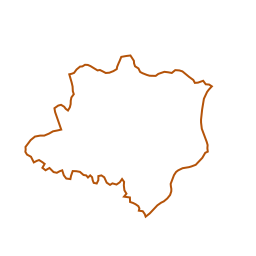 Porecatu, Paraná, Brazil, rotated 125°
{"feature_id": "56859067B39317815374127", "entity_name": "Porecatu", "entity_type": "district", "adm_level": 2, "iso_a3": "BRA", "parent_name": "Brazil", "parent_adm1": "Paraná", "projection": "orthographic", "projection_center": [-51.4, -22.744], "detail": "fine", "context": "isolated", "style": "outline", "palette": "amber", "viewbox_px": 256, "rotation_deg": 125, "n_neighbors": 0, "source": "geoboundaries", "source_scale": "gbopen_adm2", "svg_char_len": 1993}
<svg xmlns="http://www.w3.org/2000/svg" viewBox="0 0 256 256"><g transform="rotate(125 128 128)"><path d="M45.8,83.2L45.9,86.5L47.6,89.4L46.2,93.5L50.7,96.7L52.7,99.1L51.2,102.0L51.1,107.1L50.4,115.9L51.4,119.0L53.5,122.5L57.8,123.7L59.4,127.2L61.1,130.4L64.2,132.7L66.3,134.2L69.4,135.2L71.3,138.0L72.8,140.3L73.7,143.0L74.8,147.6L75.1,150.2L73.2,153.6L73.4,157.6L71.6,160.1L69.6,161.7L67.2,167.6L70.0,170.7L73.6,174.3L77.9,173.3L80.1,172.9L84.1,172.0L86.2,171.0L89.8,172.6L93.4,175.0L95.7,177.8L96.1,181.1L96.6,184.3L98.3,186.0L98.8,194.2L99.4,197.1L100.9,199.5L103.7,200.7L105.2,202.5L109.6,203.7L113.8,203.8L115.7,205.1L117.7,206.9L123.1,200.2L125.8,197.2L129.5,194.3L131.4,191.8L135.4,191.9L138.4,190.6L141.3,188.7L144.4,187.5L148.1,187.2L148.0,190.1L147.2,192.4L147.4,196.1L149.6,198.0L154.0,199.6L156.7,196.9L167.6,181.8L170.4,184.3L173.7,187.5L177.9,189.5L182.2,192.2L184.5,195.5L188.4,199.3L193.7,200.8L202.3,201.1L204.3,199.5L206.4,198.4L207.7,195.5L207.2,191.0L210.2,185.4L207.3,183.9L205.3,182.5L205.1,178.7L205.2,175.7L209.7,175.3L209.9,171.3L205.8,169.4L206.8,163.7L205.5,160.6L202.5,159.1L200.4,157.6L203.6,153.4L204.8,149.6L202.9,145.9L199.9,147.2L195.0,148.6L193.0,145.5L191.5,142.2L192.0,137.5L190.8,135.0L191.5,132.4L188.5,131.8L188.9,129.2L191.1,126.9L192.6,124.6L191.4,121.8L187.7,122.4L184.4,124.7L182.1,122.6L182.0,119.2L185.0,114.1L184.9,110.1L182.3,109.0L180.9,105.0L177.2,103.6L173.2,103.6L174.4,100.3L177.4,98.5L181.1,95.2L182.7,91.6L186.5,91.9L185.3,89.5L183.8,86.6L187.4,83.9L186.5,80.8L186.1,78.1L186.1,74.7L187.3,72.6L189.5,71.7L187.7,68.2L188.9,64.9L190.5,62.7L185.5,61.2L181.4,60.6L174.5,59.6L170.1,58.0L167.6,56.6L163.2,55.4L158.7,55.1L155.1,56.2L153.1,57.5L151.2,59.4L149.3,61.0L140.2,63.3L136.4,63.4L133.9,62.6L129.6,60.2L125.1,55.6L123.1,54.0L119.3,51.4L109.8,50.0L104.0,50.5L101.6,49.1L99.0,51.4L96.3,53.0L94.2,55.6L86.3,67.1L81.6,71.3L79.2,73.0L70.3,77.9L60.5,82.6L53.1,83.9L50.1,83.8L45.8,83.2Z" fill="none" stroke="#b45309" stroke-width="2"/></g></svg>